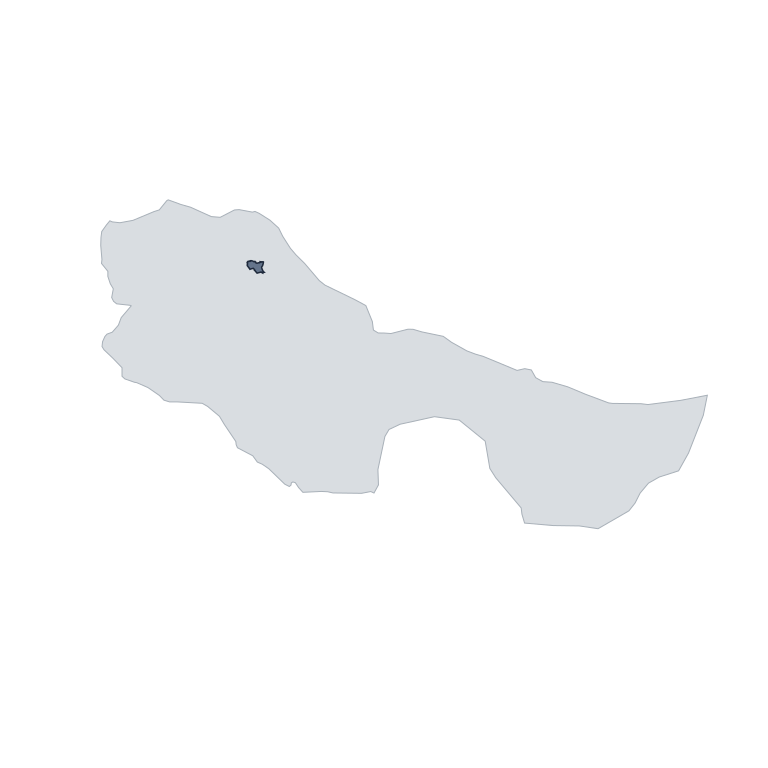 location of Nīcgales pag., Daugavpils, Latvia, rotated 197°
{"feature_id": "27541924B22704913663351", "entity_name": "Nīcgales pag.", "entity_type": "district", "adm_level": 2, "iso_a3": "LVA", "parent_name": "Latvia", "parent_adm1": "Daugavpils", "projection": "equal_earth", "projection_center": [26.391, 56.15], "detail": "fine", "context": "in_parent", "style": "filled", "palette": "slate", "viewbox_px": 768, "rotation_deg": 197, "n_neighbors": 0, "source": "geoboundaries", "source_scale": "gbopen_adm2", "svg_char_len": 4415}
<svg xmlns="http://www.w3.org/2000/svg" viewBox="0 0 768 768"><g transform="rotate(197 384 384)"><path d="M557.8,511.3L553.3,510.7L540.9,507.3L530.3,502.3L524.0,495.6L513.2,486.4L506.0,481.8L494.8,475.9L476.2,464.0L469.4,461.3L436.3,456.1L424.3,453.7L413.4,440.3L409.9,432.5L404.5,431.1L398.6,432.8L392.1,434.3L377.1,443.4L372.2,444.8L363.0,444.9L341.3,446.9L331.5,443.6L314.5,439.9L305.3,439.3L297.0,439.4L260.7,435.9L253.9,439.8L247.2,440.5L240.8,434.4L232.8,432.7L223.8,434.8L207.5,435.0L188.2,433.1L163.7,431.6L160.0,432.2L132.4,440.3L125.6,441.5L95.5,455.1L71.5,467.8L69.5,447.5L72.6,407.0L76.9,387.1L93.6,375.5L102.1,366.5L107.2,354.5L109.1,343.5L112.7,334.3L137.0,308.2L155.6,305.4L180.8,298.1L208.9,292.1L214.0,299.8L216.6,305.6L249.7,327.0L258.1,334.2L270.5,358.9L301.5,371.5L326.2,367.5L337.0,361.4L356.9,350.2L365.9,342.0L367.8,334.1L364.8,300.4L359.8,285.9L361.7,276.8L365.2,277.3L373.5,272.9L400.9,264.9L406.4,264.5L412.6,262.9L429.9,256.7L435.4,260.0L439.9,263.7L442.5,263.7L443.7,262.4L443.4,260.0L444.6,258.3L449.6,259.2L469.4,269.3L477.0,271.7L482.3,272.3L488.5,277.0L505.5,280.2L507.6,282.7L508.9,285.7L524.8,298.6L531.9,305.0L546.1,311.0L552.2,312.4L577.0,306.3L583.9,304.2L589.7,304.2L595.5,307.4L608.8,311.6L620.9,313.0L623.1,312.7L633.3,313.1L636.8,314.8L639.3,323.0L651.0,329.5L661.8,334.9L664.6,337.4L665.5,342.2L664.8,347.8L663.5,350.7L659.0,354.1L655.2,362.6L654.7,370.7L648.6,384.8L650.0,385.0L663.1,382.5L666.8,384.0L669.7,387.1L670.7,395.9L675.1,399.9L679.5,406.1L681.0,411.0L689.4,416.7L690.1,420.5L695.4,433.7L697.5,441.4L698.5,447.3L696.0,454.8L693.9,459.9L691.2,459.6L683.7,461.0L671.9,467.1L654.4,481.6L649.8,484.8L645.3,495.9L644.2,497.0L633.8,496.5L631.0,496.3L620.7,496.5L598.1,493.6L589.4,495.5L577.9,506.7L573.5,508.4L560.1,509.9L557.8,511.3Z" fill="#d9dde1" stroke="#a8b0b8" stroke-width="1"/><path d="M550.1,461.3L550.1,461.2L550.0,460.7L550.0,460.3L550.0,460.2L549.9,459.9L550.0,459.9L549.9,459.8L549.9,459.0L549.8,458.9L549.8,458.7L549.7,458.6L549.6,458.4L549.5,458.2L549.5,457.9L549.4,457.9L549.4,457.7L549.5,457.6L549.4,457.4L549.3,457.2L549.2,457.2L548.8,456.8L548.6,456.7L548.4,456.5L548.2,456.4L548.0,456.2L547.7,456.0L547.5,455.9L547.3,455.7L547.2,455.7L546.9,455.5L546.9,455.4L546.7,455.3L546.6,455.2L546.4,455.1L546.1,454.9L545.9,454.8L546.0,454.8L546.0,454.7L545.8,454.6L545.7,454.5L545.2,454.9L545.1,455.0L544.8,455.2L544.3,455.5L543.8,455.8L543.5,456.0L543.3,456.1L543.2,456.2L543.0,456.3L542.8,456.4L542.5,456.3L542.2,456.1L541.9,455.8L541.7,455.7L541.4,455.4L541.2,455.3L541.3,455.2L541.2,455.0L541.2,454.9L540.9,454.8L540.5,454.7L540.4,454.6L540.2,454.5L539.9,454.2L539.7,454.0L539.5,453.9L539.0,453.7L538.9,453.6L538.6,453.5L538.4,453.3L538.2,453.2L537.8,452.9L537.5,453.1L536.9,453.5L536.4,453.8L535.9,454.1L535.5,454.4L535.3,454.5L535.1,454.6L534.9,454.8L534.3,455.2L534.2,455.1L534.0,454.9L533.9,454.9L533.7,454.8L533.3,454.9L533.2,454.9L532.9,454.9L532.8,455.0L532.6,455.0L532.4,455.1L532.4,455.3L532.3,455.2L532.3,455.3L532.2,455.3L532.2,455.2L532.1,455.3L531.9,455.3L531.7,455.5L531.4,455.6L531.5,455.6L531.4,455.7L531.2,455.8L531.6,456.0L531.9,456.1L532.1,456.2L532.4,456.4L532.6,456.6L532.9,456.7L533.0,456.9L533.1,457.0L533.3,457.2L533.4,457.4L533.7,457.7L533.9,457.9L534.1,458.2L534.3,458.4L534.5,458.8L534.7,459.0L534.9,459.3L535.1,459.7L535.2,460.0L535.2,460.4L535.1,460.6L534.9,461.1L534.7,461.5L534.7,461.9L534.7,462.4L534.8,462.6L534.7,463.0L534.7,463.4L534.7,463.7L534.8,464.0L534.9,464.4L534.9,464.6L534.9,464.9L534.9,465.3L535.0,465.5L535.3,465.5L535.7,465.4L535.8,465.4L536.0,465.3L536.2,465.2L536.5,465.1L536.8,465.0L537.0,465.0L537.3,465.0L537.7,464.9L537.9,464.8L538.1,464.6L537.7,464.3L538.1,464.1L538.2,463.9L538.3,464.0L538.3,463.9L538.6,463.7L538.9,463.5L539.2,463.3L539.3,463.3L539.5,463.2L539.9,462.9L540.2,462.7L540.3,462.7L540.6,462.5L540.7,462.4L540.8,462.4L541.0,462.3L541.5,462.4L542.0,462.4L542.1,462.5L542.2,462.8L542.2,463.0L542.3,463.1L542.5,463.1L543.2,463.5L543.4,463.3L543.5,463.3L543.5,463.2L543.8,462.9L544.2,462.9L544.6,463.0L544.9,463.1L545.0,463.1L545.3,463.2L545.6,463.2L545.8,463.2L546.2,463.2L546.3,463.2L546.6,463.2L547.0,463.1L547.3,463.0L547.7,462.9L547.9,462.8L548.0,462.7L547.9,462.6L547.8,462.4L547.8,462.2L547.7,462.2L547.8,462.1L548.0,462.0L548.3,462.1L548.5,462.2L548.5,462.3L548.8,462.1L549.2,461.9L549.8,461.5L549.8,461.4L550.1,461.3Z" fill="#64748b" stroke="#1e293b" stroke-width="1.5"/></g></svg>